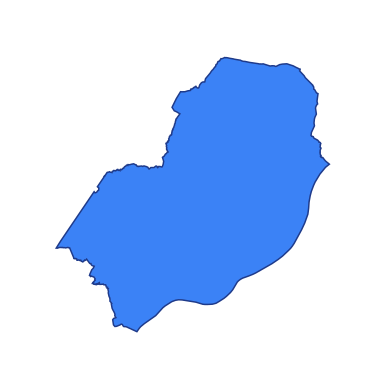 Gjøvik nor, Oppland, Norway, rotated 77°
{"feature_id": "86288312B91511415851123", "entity_name": "Gjøvik nor", "entity_type": "district", "adm_level": 2, "iso_a3": "NOR", "parent_name": "Norway", "parent_adm1": "Oppland", "projection": "orthographic", "projection_center": [10.396, 60.872], "detail": "fine", "context": "isolated", "style": "filled", "palette": "blue", "viewbox_px": 384, "rotation_deg": 77, "n_neighbors": 0, "source": "geoboundaries", "source_scale": "gbopen_adm2", "svg_char_len": 5932}
<svg xmlns="http://www.w3.org/2000/svg" viewBox="0 0 384 384"><g transform="rotate(77 192 192)"><path d="M195.8,51.9L192.0,54.8L189.8,56.0L189.1,56.2L187.9,56.8L187.7,57.0L187.8,57.6L187.1,58.4L186.8,58.2L186.3,58.8L185.9,58.7L185.8,58.2L185.4,58.0L184.8,58.4L183.6,58.6L182.6,58.2L181.9,58.4L181.5,58.0L180.3,57.8L179.5,57.2L179.1,57.2L178.5,56.5L178.0,56.5L177.1,57.1L175.0,56.3L174.7,56.4L173.9,55.6L173.0,55.8L172.3,56.3L172.1,57.0L171.4,57.0L169.6,58.0L169.5,58.4L169.1,58.6L167.1,61.0L165.4,61.4L165.3,61.8L164.9,62.0L164.6,62.9L163.7,63.3L160.8,62.2L155.1,57.8L152.2,57.6L148.4,56.3L146.8,55.4L144.1,53.3L138.2,52.8L136.9,52.3L135.8,51.4L134.8,50.5L134.5,49.8L131.7,49.8L124.5,47.1L123.4,48.4L119.8,49.5L119.2,50.2L117.2,49.8L116.2,50.0L115.4,50.5L115.1,50.3L106.1,55.9L103.9,56.6L98.2,59.9L97.2,59.1L96.4,59.2L96.5,59.5L96.4,59.8L95.4,60.7L94.2,62.3L91.8,65.1L89.6,68.8L88.7,70.2L88.4,70.9L87.7,75.1L87.6,78.0L88.5,81.7L88.4,82.4L87.5,83.6L87.0,85.7L86.8,87.6L83.1,93.9L83.1,94.7L82.3,97.9L81.9,98.5L78.7,106.7L76.7,111.0L76.2,112.7L75.2,114.4L74.5,115.1L72.2,120.7L71.5,122.0L70.1,125.4L69.3,127.0L68.7,128.6L68.7,129.2L68.3,129.8L68.8,132.0L68.8,133.5L68.6,133.8L70.6,135.8L70.7,136.4L70.6,136.9L71.0,137.6L72.8,138.7L73.2,139.9L75.1,140.9L75.1,141.2L75.9,142.3L77.5,144.1L77.8,144.8L78.8,146.1L80.2,147.5L84.6,153.3L87.6,154.8L87.5,155.8L87.2,156.4L87.6,158.2L89.4,160.4L91.9,161.9L92.1,162.7L91.8,163.4L90.6,164.2L89.9,164.4L89.9,164.9L90.5,165.6L90.4,165.9L90.7,166.3L90.8,166.9L90.7,167.0L91.1,167.4L91.1,167.6L91.5,168.1L91.4,168.3L91.5,168.5L91.4,168.7L91.7,169.2L91.5,169.7L91.5,170.1L92.7,170.6L92.5,173.3L92.7,176.3L92.1,179.3L91.7,180.6L97.5,186.3L105.0,192.4L108.9,191.0L110.3,189.1L113.1,186.2L116.3,189.9L116.9,190.3L117.2,191.0L117.5,191.3L118.5,191.6L119.1,192.1L121.5,193.1L121.9,193.7L123.0,194.0L123.6,194.5L125.2,195.4L125.8,196.2L126.5,196.3L126.8,196.5L126.8,196.8L127.4,196.9L127.9,197.6L128.3,197.6L129.0,198.1L129.4,198.1L130.1,198.6L131.0,198.7L131.3,199.1L131.7,199.1L131.9,199.6L131.8,199.9L132.0,200.2L131.9,200.4L132.9,201.3L132.9,201.5L134.2,202.1L135.0,202.8L136.2,202.7L136.5,203.3L136.9,203.4L136.8,203.8L137.2,204.3L138.0,204.2L138.1,204.5L138.0,205.0L138.5,205.2L138.5,205.6L138.6,205.8L138.6,206.1L138.7,206.4L139.2,206.2L140.2,206.5L140.9,206.2L142.1,206.8L143.3,206.6L143.9,207.0L145.1,207.2L145.6,206.7L146.3,206.8L147.6,206.3L147.8,206.5L147.6,207.0L148.8,208.4L149.0,209.3L150.9,211.2L151.2,211.7L151.1,212.0L151.6,213.0L155.7,212.7L158.6,213.9L160.7,215.3L160.7,216.2L160.0,217.3L159.9,217.9L159.6,218.4L159.7,219.0L160.2,219.4L160.6,219.9L160.5,220.0L160.1,220.3L159.1,220.4L158.6,221.1L158.7,221.7L159.6,223.5L158.9,226.6L159.2,227.2L159.9,228.2L159.8,228.8L157.8,229.6L157.7,229.9L157.1,230.5L156.5,231.7L155.9,232.7L155.8,233.4L156.0,234.0L155.8,234.1L155.8,234.6L155.3,235.4L155.2,236.5L155.1,236.8L155.2,237.4L154.9,238.0L155.1,238.6L154.7,239.1L154.7,239.6L153.0,240.3L153.0,240.6L151.7,242.1L151.3,242.9L151.4,243.7L151.3,244.4L151.4,246.7L150.9,248.2L151.7,248.6L151.2,249.2L151.1,249.8L151.6,250.2L151.8,250.9L152.0,251.1L152.0,251.6L152.4,252.2L152.8,252.8L153.4,253.1L153.5,253.4L153.3,253.6L153.4,254.0L154.3,255.1L154.2,255.4L154.4,255.9L153.9,256.1L153.8,256.6L153.9,256.9L154.2,257.3L154.8,257.4L154.5,257.7L154.6,258.0L154.4,258.8L153.6,259.0L153.7,259.4L153.2,259.7L153.3,260.1L153.9,260.5L154.2,261.7L153.8,262.1L153.9,262.5L153.4,263.3L153.4,263.5L154.1,264.5L154.0,264.9L154.2,265.1L155.0,265.6L154.7,265.9L154.7,266.3L154.4,266.9L154.4,267.2L153.7,267.8L153.9,268.8L153.8,269.6L154.0,269.8L153.9,270.4L156.2,272.8L156.4,273.5L157.0,273.5L157.2,274.4L157.8,274.6L165.6,283.0L167.2,281.9L169.4,282.7L169.6,283.6L170.8,285.0L171.0,286.1L171.0,286.7L170.7,286.9L169.7,287.3L210.4,331.2L216.1,336.9L216.3,336.3L216.3,336.0L216.5,335.5L216.2,334.5L216.3,334.2L216.2,333.7L216.5,332.5L216.5,332.2L216.8,331.5L216.8,330.9L217.2,330.3L217.2,329.9L217.4,329.6L217.6,328.5L218.0,327.9L218.1,325.3L218.9,324.3L218.9,323.8L229.6,322.0L230.2,322.1L230.9,320.8L230.6,320.2L231.4,319.3L232.5,319.5L232.6,319.3L232.8,318.7L232.7,318.2L232.7,317.7L232.8,317.4L233.2,317.2L233.5,316.7L233.3,316.2L233.5,315.6L234.6,315.5L234.8,315.0L235.6,314.1L234.3,312.1L234.7,312.0L234.5,311.3L234.5,310.9L233.7,309.8L238.4,307.8L238.9,307.3L239.0,306.6L239.9,306.6L240.6,306.3L241.3,305.8L242.3,304.0L244.1,305.4L245.2,307.1L248.8,309.8L250.2,310.6L250.5,310.0L251.1,310.1L251.6,309.7L251.2,309.2L252.8,306.7L254.9,305.9L255.6,306.5L256.2,306.3L257.2,307.9L257.7,308.0L257.8,308.9L258.4,309.4L258.4,308.9L258.8,308.5L259.1,308.4L259.5,308.8L259.7,308.6L259.8,308.2L260.8,306.0L260.7,305.3L260.3,305.5L260.5,304.9L260.0,304.9L260.1,304.2L260.4,304.0L260.7,304.3L260.8,303.9L260.6,303.8L260.6,303.4L259.8,303.7L259.5,302.7L260.4,302.9L261.3,302.6L261.8,299.7L261.7,299.3L262.4,299.0L262.9,297.7L262.9,297.2L263.2,296.9L265.2,296.9L265.8,295.9L266.0,296.2L266.6,296.4L267.3,295.4L267.6,295.8L270.2,295.8L271.5,296.3L275.4,296.3L276.2,296.0L277.8,296.0L280.0,296.5L280.8,296.0L282.6,295.3L282.8,295.8L283.0,295.8L287.3,296.0L288.8,295.7L292.1,294.8L293.9,294.6L294.8,295.0L296.0,294.9L297.3,294.4L297.6,296.8L298.6,298.0L303.8,298.4L305.7,297.4L305.9,295.7L305.3,291.9L304.8,290.8L304.9,290.4L305.4,289.7L307.1,289.2L307.8,288.7L308.4,286.6L308.8,286.0L315.7,277.1L312.8,273.9L311.6,272.2L309.5,268.0L304.3,255.2L298.2,246.4L296.9,243.7L294.3,236.4L294.0,234.1L293.8,232.4L294.0,229.3L294.9,226.0L300.2,213.0L303.8,206.7L304.5,204.6L305.2,201.4L305.9,197.3L305.8,193.6L304.7,190.1L302.8,184.8L301.4,181.9L298.5,177.0L296.3,174.2L289.9,168.1L288.9,166.5L288.0,164.5L287.3,162.0L286.6,155.8L285.9,151.3L285.2,148.2L279.8,130.2L277.0,123.0L274.8,118.2L270.1,110.2L269.0,108.5L267.2,106.3L264.9,103.9L253.4,93.7L247.5,89.1L239.7,84.1L234.0,82.0L228.1,80.2L222.3,77.7L218.3,75.6L213.0,72.1L210.0,69.8L203.3,63.3L198.0,56.4L195.8,51.9Z" fill="#3b82f6" stroke="#1e3a8a" stroke-width="1.5"/></g></svg>